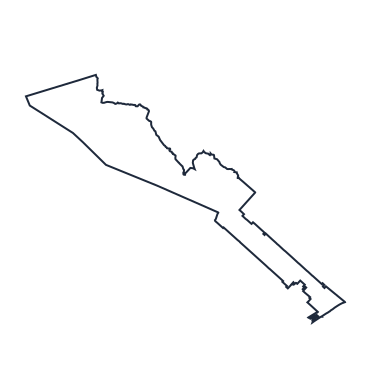 the district of Bácum, Sonora, Mexico, rotated 312°
{"feature_id": "50627088B14118013577680", "entity_name": "Bácum", "entity_type": "district", "adm_level": 2, "iso_a3": "MEX", "parent_name": "Mexico", "parent_adm1": "Sonora", "projection": "robinson", "projection_center": [-110.115, 27.66], "detail": "fine", "context": "isolated", "style": "outline", "palette": "slate", "viewbox_px": 384, "rotation_deg": 312, "n_neighbors": 0, "source": "geoboundaries", "source_scale": "gbopen_adm2", "svg_char_len": 5631}
<svg xmlns="http://www.w3.org/2000/svg" viewBox="0 0 384 384"><g transform="rotate(312 192 192)"><path d="M212.5,379.4L212.6,379.2L211.5,354.7L209.3,354.7L209.3,352.9L209.4,352.6L209.7,352.6L209.7,352.3L210.8,352.3L211.5,352.4L211.6,350.1L210.4,350.1L210.4,337.8L210.3,337.6L210.4,331.7L210.3,330.0L210.4,319.4L210.3,319.2L210.4,310.2L210.4,300.9L210.3,299.3L210.3,297.8L210.4,291.6L210.3,290.1L210.4,288.5L210.4,288.4L210.4,282.4L210.5,274.6L208.6,274.7L208.6,273.1L210.3,273.1L210.4,259.3L210.3,259.2L210.3,257.6L208.2,257.6L208.2,257.4L208.1,257.2L208.1,251.6L207.9,249.9L208.0,245.5L210.3,245.5L210.4,242.4L210.4,239.3L226.1,239.3L228.9,239.3L233.9,239.3L234.0,239.2L233.8,223.0L233.7,220.2L233.7,218.4L233.8,217.2L233.9,217.3L234.0,216.8L233.1,216.9L232.4,217.2L233.0,216.6L235.2,215.2L235.4,214.4L235.7,213.5L236.3,212.4L236.1,212.4L236.2,212.1L236.2,211.9L236.0,211.4L235.4,210.5L235.5,210.5L235.5,210.1L235.8,209.9L235.9,209.7L236.0,209.4L236.0,208.8L236.1,208.6L235.4,206.6L235.7,206.1L235.1,205.6L234.1,204.4L233.1,203.4L232.6,202.7L232.5,200.2L231.8,198.9L231.5,195.0L232.0,193.3L232.6,192.4L233.1,188.8L231.9,186.2L234.1,183.7L234.1,183.1L232.9,181.5L233.1,180.1L232.4,180.7L231.4,180.7L231.3,180.1L231.4,178.6L229.9,176.0L230.0,175.4L229.9,174.1L230.2,173.1L228.5,173.4L227.0,173.1L225.4,171.4L224.2,171.0L222.8,171.1L220.8,172.2L219.7,171.9L218.7,172.2L217.9,171.8L216.3,171.6L214.2,173.1L211.3,177.7L210.8,178.7L210.6,177.9L210.4,177.0L208.8,174.7L202.3,174.6L201.6,174.2L200.2,175.3L199.5,174.6L199.4,173.9L200.4,172.7L201.5,172.4L202.4,171.9L202.9,171.3L203.1,171.2L203.3,170.1L204.7,167.8L204.7,167.3L204.6,166.9L204.7,166.6L204.7,166.0L204.8,163.7L205.0,162.9L204.9,162.8L204.9,162.1L205.0,161.8L205.3,158.2L205.4,157.7L206.1,156.9L206.6,156.5L207.8,155.7L208.0,155.5L208.1,155.2L207.7,152.9L207.5,152.5L207.8,152.3L208.0,152.2L208.0,151.9L207.8,151.4L207.7,151.2L208.2,150.1L208.3,149.9L207.9,149.3L207.6,148.5L207.7,147.5L207.8,147.4L208.0,147.3L209.2,147.2L209.3,147.1L209.5,146.7L209.4,146.3L209.1,146.0L208.9,145.9L208.0,144.5L207.8,144.1L208.1,143.5L208.2,143.3L208.1,142.9L207.9,142.3L208.1,141.9L208.2,141.4L208.3,141.1L208.2,140.9L208.1,139.8L209.3,133.5L210.8,130.2L210.6,127.2L212.6,124.2L212.4,123.0L213.2,120.8L213.4,118.8L214.6,116.8L215.2,116.1L215.6,115.8L216.0,115.5L216.4,115.1L216.7,114.8L216.8,114.6L216.8,114.0L216.7,113.6L216.3,113.0L216.2,112.6L216.2,109.1L217.0,108.4L223.2,106.0L223.5,105.6L223.8,104.9L223.8,104.5L223.7,104.2L223.4,103.7L223.5,103.4L223.9,103.1L223.9,102.7L223.6,102.1L223.6,101.8L223.3,101.3L223.1,101.2L223.0,100.9L223.0,100.4L222.9,100.1L222.8,99.7L222.5,99.5L222.3,99.2L222.6,98.5L222.6,98.2L222.2,97.1L222.1,96.8L222.1,96.0L222.4,95.3L222.4,95.0L222.3,94.7L222.1,94.5L221.6,94.2L219.3,94.2L218.2,93.0L218.1,92.7L218.6,91.9L218.6,91.5L218.5,91.3L217.4,90.1L217.0,89.2L216.4,88.5L216.2,87.9L215.9,87.7L215.3,87.6L215.1,87.3L214.7,86.0L214.4,85.6L214.2,85.4L213.5,85.0L213.3,84.8L213.0,84.4L212.5,83.6L212.3,83.1L212.3,82.9L212.0,82.4L211.7,82.0L211.6,81.9L211.4,81.9L211.2,81.6L211.0,81.3L210.6,80.2L210.4,79.9L210.1,79.5L209.9,79.2L209.6,78.9L209.1,78.6L208.8,78.1L208.9,77.4L208.8,77.0L208.7,77.0L208.2,77.1L207.7,76.9L206.8,76.5L206.6,76.3L206.4,76.2L206.1,76.0L206.1,75.9L206.1,75.7L206.0,75.0L205.8,74.1L205.4,73.0L202.5,69.0L201.7,68.3L201.5,68.2L200.4,67.5L199.5,67.0L198.5,66.0L198.0,64.7L201.7,62.2L204.4,62.0L204.8,60.8L205.0,60.3L205.0,59.9L205.2,59.5L205.3,59.4L205.6,59.5L205.8,59.4L206.3,58.9L206.9,58.6L207.0,58.5L207.0,58.3L206.7,57.9L207.3,57.5L207.4,57.4L207.7,57.2L207.0,56.8L205.4,55.4L204.5,53.1L205.7,51.6L207.9,50.5L209.3,49.1L209.8,48.9L212.2,46.5L213.4,45.9L213.6,43.8L214.7,42.2L200.0,33.5L152.0,4.6L147.7,13.6L156.2,64.0L156.0,77.5L154.6,109.9L173.3,161.6L194.3,225.0L194.2,225.4L192.9,225.6L191.4,226.2L188.5,227.5L187.3,227.9L186.4,227.9L186.0,228.6L185.9,228.8L186.0,231.3L186.0,239.2L186.8,239.2L186.8,251.5L186.8,257.6L186.9,259.7L187.0,260.8L186.8,261.2L186.8,263.7L186.8,279.3L186.8,280.8L186.8,282.4L186.8,291.6L186.8,294.6L186.8,294.8L186.8,296.1L186.7,299.8L186.7,300.7L186.8,300.9L186.8,307.0L186.8,310.0L186.8,313.1L186.8,314.7L186.8,319.3L185.7,319.3L185.7,325.5L184.5,325.5L184.5,327.0L184.5,327.7L188.5,327.8L189.7,327.8L189.7,327.7L192.8,327.7L192.7,328.4L190.9,328.5L190.8,329.2L191.1,329.5L191.6,329.7L193.3,329.9L194.0,330.0L194.2,330.4L194.1,331.3L194.2,331.7L198.6,331.7L198.6,337.8L196.2,337.8L196.2,339.3L197.4,339.3L197.4,340.8L195.1,340.8L195.1,339.3L193.9,339.3L193.9,340.8L192.7,340.9L192.7,344.0L192.9,350.1L191.8,350.1L191.8,351.7L188.9,351.7L187.2,351.6L187.2,356.0L187.1,365.8L186.5,365.8L186.5,365.4L179.9,363.4L176.5,362.4L176.5,362.7L176.8,362.8L177.3,363.4L177.3,363.6L177.2,363.7L177.0,364.7L178.6,365.3L179.1,363.6L179.9,363.8L179.7,365.2L179.8,365.9L180.7,366.4L180.8,365.6L182.1,365.9L182.4,365.9L182.6,366.7L184.0,366.7L184.0,367.6L183.5,367.6L183.5,368.6L184.0,368.9L184.1,369.2L184.0,369.4L183.9,369.5L183.2,369.5L182.9,369.3L182.7,369.0L182.7,368.7L182.5,368.3L182.0,368.1L180.3,368.1L180.3,367.9L179.6,367.2L179.0,366.7L178.5,366.4L177.1,367.4L177.4,368.1L177.5,368.0L177.9,368.0L178.1,368.1L178.2,368.3L178.7,369.0L178.3,369.1L178.2,368.9L177.8,368.9L177.8,369.0L177.7,369.0L177.6,368.9L177.4,369.0L177.2,368.9L176.8,368.6L176.6,368.4L175.7,368.8L178.7,369.5L185.6,371.3L186.1,371.7L186.1,371.9L186.3,372.1L186.4,371.8L186.7,371.7L187.0,371.8L191.5,373.0L193.5,373.7L194.5,373.9L195.7,374.3L196.3,374.3L197.5,374.5L198.7,374.9L199.7,375.1L201.5,375.4L204.9,376.3L206.6,376.8L208.1,377.3L210.4,378.2L210.6,378.4L211.8,379.0L212.5,379.4Z" fill="none" stroke="#1e293b" stroke-width="2"/></g></svg>